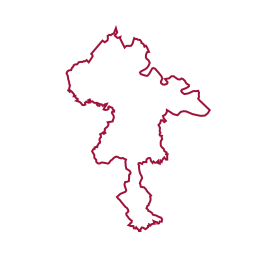 Fortaleza dos Valos, Rio Grande do Sul, Brazil, rotated 306°
{"feature_id": "56859067B10871106243239", "entity_name": "Fortaleza dos Valos", "entity_type": "district", "adm_level": 2, "iso_a3": "BRA", "parent_name": "Brazil", "parent_adm1": "Rio Grande do Sul", "projection": "mercator", "projection_center": [-53.309, -28.909], "detail": "fine", "context": "isolated", "style": "outline", "palette": "rose", "viewbox_px": 256, "rotation_deg": 306, "n_neighbors": 0, "source": "geoboundaries", "source_scale": "gbopen_adm2", "svg_char_len": 5071}
<svg xmlns="http://www.w3.org/2000/svg" viewBox="0 0 256 256"><g transform="rotate(306 128 128)"><path d="M49.7,185.6L50.2,187.5L51.8,190.0L50.3,191.7L51.2,193.2L52.5,193.0L52.0,194.7L51.9,196.4L51.1,197.5L52.1,198.6L53.0,197.8L55.6,197.6L56.2,198.7L56.4,201.6L59.5,202.5L60.6,201.7L61.6,203.0L62.5,201.9L63.0,203.5L64.7,204.0L66.2,205.8L67.1,204.5L67.8,203.5L68.2,205.4L68.8,206.9L68.0,207.9L69.1,209.1L71.0,208.6L72.0,210.3L74.2,209.3L74.9,207.4L74.3,205.5L74.0,204.0L73.9,202.5L73.1,200.7L72.5,199.0L73.3,197.6L73.4,195.2L72.9,193.2L73.7,192.1L73.8,190.2L76.3,189.5L77.8,190.1L78.7,189.4L80.2,189.4L82.9,188.6L84.7,187.3L85.6,186.1L86.9,186.4L88.0,180.7L89.0,178.5L89.4,175.7L88.6,174.3L88.0,172.9L89.5,171.3L90.4,169.9L93.7,169.2L95.7,168.9L97.2,167.1L98.0,165.1L99.2,163.4L102.5,160.0L103.9,159.4L104.5,157.9L105.7,157.3L106.7,158.0L107.2,160.5L109.4,160.3L111.2,162.9L112.9,161.7L114.6,161.7L115.9,162.4L116.6,163.5L115.9,164.8L114.9,165.8L114.2,168.4L115.9,168.3L115.7,170.1L116.7,171.3L119.0,171.7L117.4,172.9L117.8,174.8L120.7,173.4L120.4,175.2L122.1,174.6L123.8,174.5L125.5,174.6L124.7,177.1L125.5,178.3L128.7,175.9L130.0,175.5L129.2,174.2L130.9,173.6L130.7,171.0L132.1,169.2L132.2,167.3L132.9,165.0L134.7,163.5L136.8,162.2L139.1,162.2L140.4,160.5L141.6,160.1L140.7,158.2L141.5,157.2L143.3,157.0L143.8,155.7L147.0,153.7L148.4,150.9L151.0,151.2L153.5,150.1L154.5,151.3L154.1,153.9L156.0,154.5L156.8,151.2L158.4,149.2L160.7,150.3L161.9,150.3L163.8,150.0L165.4,148.9L165.7,152.2L165.9,156.7L167.4,160.5L172.0,161.2L174.2,163.0L175.6,165.3L177.2,172.1L179.4,177.3L180.8,180.0L183.3,182.9L186.8,183.9L190.5,183.6L191.0,180.1L192.4,169.6L193.0,167.5L194.6,167.3L196.9,165.4L198.2,164.8L199.4,162.9L197.6,161.2L196.7,159.6L195.7,158.8L194.1,158.0L191.4,156.4L189.8,154.9L188.6,153.6L188.5,152.0L188.6,150.6L189.3,149.2L190.7,149.1L193.0,150.7L195.2,152.0L197.5,152.8L198.6,152.0L198.3,149.4L198.7,148.1L199.6,146.3L199.9,143.7L199.5,142.2L197.9,141.6L197.0,140.3L196.7,138.8L196.7,134.6L195.4,132.7L192.4,132.1L189.4,129.2L188.2,133.2L186.9,133.6L184.9,132.5L183.6,130.5L183.8,128.4L184.9,127.3L188.0,126.8L189.5,124.8L190.2,122.2L191.0,119.1L191.9,115.0L191.4,113.2L190.2,112.6L187.8,112.9L184.5,113.3L182.2,113.2L181.2,112.6L180.3,110.4L179.6,108.3L179.1,106.6L180.0,105.0L181.5,105.3L183.2,106.1L185.7,107.4L188.3,108.1L191.2,107.9L193.5,107.3L194.8,104.9L195.0,102.2L195.6,101.0L197.5,99.7L199.1,99.1L200.7,98.9L201.9,100.2L202.9,98.4L203.7,97.2L204.5,95.6L205.1,94.1L203.5,93.5L204.8,91.7L205.0,90.4L204.7,88.9L205.7,88.0L206.3,86.0L205.2,84.0L205.2,82.7L204.4,81.6L204.3,80.2L198.9,82.1L196.3,82.2L193.6,78.6L192.4,78.1L191.1,78.0L192.3,75.6L195.8,68.9L197.2,68.3L194.9,66.9L194.7,65.3L195.1,63.0L198.9,63.1L201.7,59.5L199.1,60.2L196.2,61.0L194.9,60.1L193.0,59.5L192.4,58.1L190.5,57.4L188.8,59.0L186.9,59.9L183.7,58.8L183.7,56.0L166.4,54.7L166.2,56.3L165.1,57.3L163.3,57.4L158.0,57.6L158.6,54.6L156.5,53.9L155.9,52.8L154.7,52.4L153.4,50.5L152.3,49.6L149.5,49.4L148.4,47.9L146.8,47.2L145.3,47.6L143.5,47.3L141.5,48.0L139.8,46.3L138.2,45.7L136.2,46.1L134.8,48.6L132.4,50.9L131.3,52.4L130.1,53.8L128.9,54.8L128.4,56.0L127.0,56.5L125.0,57.4L123.3,57.5L123.0,59.6L124.4,59.5L124.3,61.6L123.9,63.1L123.4,64.8L121.8,65.4L123.0,66.6L122.0,67.3L121.6,68.7L122.0,70.1L121.0,70.9L119.7,70.3L120.5,72.8L120.7,74.5L120.3,76.1L119.8,77.6L120.7,79.0L121.9,79.7L123.1,78.4L124.6,78.7L125.2,81.1L126.3,82.2L126.9,80.9L127.1,79.5L128.6,80.3L127.5,82.3L128.7,83.6L128.4,85.4L129.1,86.8L130.1,88.0L130.4,89.4L128.8,88.9L128.3,90.3L129.2,91.9L130.7,91.3L131.6,92.7L131.1,94.7L133.4,95.3L135.1,96.7L133.2,97.0L131.7,96.9L130.2,97.1L128.7,97.3L129.2,99.0L130.7,100.5L132.1,101.0L133.1,99.8L134.4,100.1L134.6,101.6L135.1,103.4L134.1,105.0L134.0,106.6L132.9,107.1L132.0,105.7L130.7,106.1L130.0,107.9L129.4,109.2L128.3,110.3L127.0,110.8L125.7,111.1L124.3,111.7L123.0,110.5L121.9,109.3L120.7,108.2L119.9,109.9L118.3,110.5L116.6,110.5L115.4,110.1L113.5,109.8L112.2,110.9L110.8,110.9L110.7,112.5L109.1,111.9L109.3,110.3L107.8,109.9L106.6,109.1L105.8,110.5L104.7,111.5L102.9,111.3L101.4,112.0L100.7,113.5L99.5,114.0L98.4,113.3L96.9,113.7L95.6,113.6L94.4,114.3L93.7,113.1L92.6,112.4L91.6,113.3L90.4,112.4L89.1,112.5L88.0,112.7L87.3,114.4L86.3,116.7L84.7,117.7L83.9,118.8L83.6,120.9L82.0,122.2L81.7,124.0L82.1,125.4L83.2,126.2L84.6,126.9L86.0,129.5L87.4,132.7L88.7,133.2L90.8,133.1L92.2,133.4L93.4,133.9L94.7,133.9L96.6,134.5L97.8,135.2L98.5,136.5L98.7,138.4L99.5,140.5L100.7,141.4L100.9,143.3L101.3,145.0L100.0,145.3L99.0,145.8L97.9,146.9L96.3,148.1L94.0,150.6L94.2,152.2L94.3,154.5L93.5,156.3L92.2,156.8L91.0,156.4L89.6,157.2L88.7,158.0L87.6,158.6L85.6,159.9L84.1,159.0L82.6,157.5L80.4,158.2L79.1,159.6L78.2,160.9L77.3,162.2L76.2,163.4L74.9,163.4L73.2,162.4L71.0,161.0L69.4,160.3L67.5,160.0L65.7,159.6L65.1,161.6L65.0,163.2L64.7,164.5L64.0,166.9L63.4,169.2L63.0,170.8L62.6,172.3L62.7,173.9L62.0,176.0L60.8,177.3L59.6,177.2L57.9,176.8L56.6,178.0L56.2,179.7L55.5,181.6L55.2,183.5L55.2,185.6L53.6,186.4L52.3,185.9L50.8,185.9L49.7,185.6Z" fill="none" stroke="#9f1239" stroke-width="2"/></g></svg>